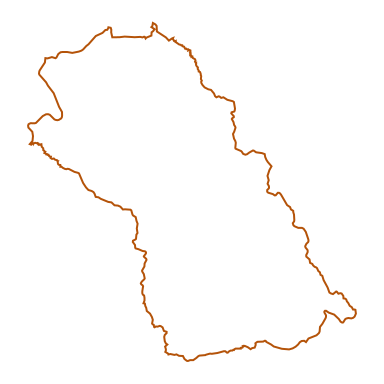 Ban Hong, Lamphun, Thailand (Natural Earth projection)
{"feature_id": "78962969B26085596744311", "entity_name": "Ban Hong", "entity_type": "district", "adm_level": 2, "iso_a3": "THA", "parent_name": "Thailand", "parent_adm1": "Lamphun", "projection": "natural_earth1", "projection_center": [98.82, 18.271], "detail": "fine", "context": "isolated", "style": "outline", "palette": "amber", "viewbox_px": 384, "rotation_deg": 0, "n_neighbors": 0, "source": "geoboundaries", "source_scale": "gbopen_adm2", "svg_char_len": 5887}
<svg xmlns="http://www.w3.org/2000/svg" viewBox="0 0 384 384"><path d="M186.1,48.6L185.1,48.7L184.1,46.7L182.6,46.3L182.3,45.3L181.3,45.4L180.7,44.8L179.2,44.5L175.9,42.2L175.8,41.2L175.2,41.7L174.7,40.9L174.0,40.9L173.9,40.4L172.7,39.0L173.1,38.0L172.1,38.4L168.9,40.6L165.9,37.4L156.9,31.5L156.6,25.9L155.4,24.4L152.9,23.0L152.4,26.0L151.4,27.1L154.5,29.1L154.6,29.4L153.8,30.1L153.3,31.0L151.6,32.3L151.4,35.6L146.4,37.6L145.6,38.5L144.8,36.9L144.1,36.7L142.5,37.4L140.3,36.9L134.7,37.2L124.7,36.6L119.5,37.2L112.3,37.3L111.2,32.4L111.3,29.7L110.7,27.8L108.4,27.3L108.2,28.2L107.3,29.8L105.4,30.0L102.5,32.9L95.8,36.0L88.5,44.3L86.3,46.0L83.2,49.4L81.5,50.6L78.8,51.6L72.3,52.9L67.2,52.0L62.4,52.0L60.5,52.3L58.3,54.0L56.4,57.6L55.5,58.2L51.9,57.1L47.5,58.4L45.4,58.1L44.9,62.5L39.7,70.4L39.3,71.4L39.0,73.5L39.3,74.6L46.1,82.3L47.9,85.6L53.7,93.2L59.1,106.9L62.0,112.0L62.1,115.5L61.9,117.1L61.2,118.4L58.8,119.9L57.4,120.2L55.6,119.9L54.4,119.4L49.8,114.8L48.1,114.2L46.0,114.3L42.7,116.1L36.0,122.9L34.7,123.3L30.6,123.2L29.2,123.8L28.5,124.3L28.1,125.7L28.4,127.6L32.3,131.8L33.0,136.1L32.5,141.0L29.8,144.1L31.2,144.7L32.5,143.3L33.1,143.2L33.3,143.7L33.5,143.2L34.2,143.3L35.1,142.8L36.6,143.2L37.3,143.0L37.7,143.8L38.0,143.9L38.3,144.4L38.6,144.0L38.9,144.7L39.7,144.8L40.1,144.4L40.5,144.7L41.4,144.3L41.7,146.7L43.2,148.3L43.3,150.2L44.1,150.6L44.5,151.5L45.2,151.7L44.4,153.0L46.0,153.7L46.2,154.3L47.0,154.1L47.4,154.8L48.3,154.7L48.4,155.2L49.1,155.5L49.1,156.1L49.7,156.6L50.9,156.7L50.6,158.0L52.0,158.9L53.8,158.5L54.9,159.6L57.2,160.3L57.4,161.0L57.9,161.1L57.7,161.4L57.8,162.9L58.2,164.3L59.1,164.9L60.3,165.0L60.4,166.8L61.3,166.6L62.9,167.9L64.9,168.9L66.3,169.2L67.5,168.8L68.9,169.0L74.5,171.9L77.9,172.8L79.0,173.4L83.1,183.0L86.0,187.4L88.4,190.0L91.7,191.0L93.5,192.1L94.5,193.6L95.7,196.9L98.5,197.3L100.7,198.8L108.2,201.9L111.5,202.4L114.5,205.3L118.0,205.6L120.4,206.7L122.9,209.5L125.0,209.3L130.5,209.7L131.3,210.4L132.5,214.6L133.1,215.5L135.7,217.1L136.5,220.9L137.6,223.7L136.8,228.5L137.5,233.0L136.4,234.6L136.0,238.9L135.4,239.5L133.0,240.7L132.8,242.0L135.0,245.0L135.2,247.6L135.6,248.4L138.5,249.2L142.6,251.0L144.9,251.3L145.6,251.7L146.0,252.5L145.9,253.5L143.8,256.3L144.0,256.8L146.2,258.8L146.5,259.9L144.6,263.5L144.4,266.5L142.1,270.5L142.2,271.5L143.8,274.1L144.7,278.4L144.3,279.2L141.8,281.6L140.8,283.3L141.2,284.3L142.6,285.3L143.1,286.2L142.3,291.2L142.3,293.2L142.8,294.6L144.1,295.5L144.5,297.9L144.5,300.5L143.5,303.3L144.9,303.6L145.3,306.0L146.2,307.8L146.8,311.0L150.0,313.6L151.9,317.0L152.8,319.8L152.1,323.5L152.6,324.3L153.7,324.8L154.2,327.1L154.6,327.3L155.8,326.5L157.7,326.6L159.7,325.9L160.7,326.1L162.6,327.4L163.9,330.9L166.6,331.8L166.6,333.1L164.8,334.9L164.2,336.9L164.8,341.3L165.9,343.5L167.3,344.5L165.1,346.6L165.9,349.2L165.8,350.7L165.3,351.9L168.1,353.6L168.4,354.5L170.3,354.0L174.4,354.9L176.5,354.4L179.0,355.8L182.9,356.0L184.5,359.0L186.8,360.8L187.9,361.0L190.2,360.1L193.3,360.1L196.3,358.0L198.4,356.1L199.5,355.6L205.4,355.1L206.0,354.7L210.0,353.6L211.8,353.8L217.4,353.0L224.0,351.2L225.4,351.3L227.0,352.7L227.7,352.7L228.9,351.5L230.5,350.6L232.5,350.5L233.3,349.8L234.0,350.0L234.5,349.2L235.6,348.6L240.6,348.6L240.5,348.1L240.8,347.8L242.4,347.6L242.6,347.0L243.3,346.6L242.9,346.0L243.4,345.8L244.8,345.9L247.8,347.2L250.6,349.2L252.2,348.1L254.7,347.6L255.7,344.9L255.4,343.3L256.8,342.2L257.5,341.8L263.1,341.6L265.0,340.7L266.0,341.2L266.3,341.9L271.1,344.5L273.8,346.5L281.9,348.8L289.1,349.4L292.6,348.4L295.6,346.7L298.1,344.5L299.8,342.2L301.7,341.0L304.2,340.8L306.0,342.1L308.5,338.5L316.5,335.3L318.9,333.1L319.6,331.6L320.0,326.9L322.4,323.8L325.6,318.1L326.0,316.9L326.0,315.3L324.4,312.5L324.4,311.5L325.0,310.8L326.1,310.8L328.7,312.6L334.2,314.6L338.9,319.1L340.6,321.7L342.2,322.6L343.2,322.4L345.2,319.2L346.3,318.5L348.3,318.0L351.4,318.4L353.2,317.8L354.6,316.6L355.9,313.6L355.4,309.8L354.6,309.5L353.0,309.5L351.8,307.2L349.7,305.8L348.2,302.9L346.9,301.4L346.2,299.4L345.3,298.7L343.5,298.4L343.3,295.9L341.6,293.5L340.2,293.2L338.4,293.7L336.8,291.7L336.2,291.5L333.0,294.1L330.8,293.4L329.4,292.5L327.6,287.5L323.6,280.1L322.3,275.8L320.5,274.8L319.9,272.3L318.3,271.0L317.0,268.1L316.2,267.4L314.6,266.8L313.1,265.4L312.3,263.9L310.1,262.9L309.5,259.4L306.3,256.6L306.2,255.1L307.6,252.3L307.7,250.9L307.4,249.8L305.5,247.5L305.2,246.2L306.4,243.8L308.2,242.0L308.5,240.9L308.3,239.3L305.8,231.9L303.6,228.7L302.0,227.9L298.3,227.9L294.4,226.2L293.4,225.2L292.8,223.2L294.1,221.4L294.3,220.0L294.0,214.6L293.3,212.3L293.2,210.8L290.9,209.4L290.1,207.1L287.1,205.1L281.0,194.6L279.8,193.2L279.0,192.8L277.8,192.8L275.7,195.3L274.7,195.4L272.9,194.1L268.2,192.7L267.2,191.7L267.2,190.0L268.8,188.4L269.0,187.8L268.9,186.1L267.6,183.8L268.7,180.2L267.5,175.9L269.4,170.1L271.5,166.3L267.8,162.0L266.4,159.8L265.2,157.0L264.7,154.1L261.9,153.1L256.1,152.3L253.7,150.6L252.9,150.5L249.2,152.6L247.1,154.2L245.4,154.7L243.2,153.9L241.7,151.6L241.0,151.0L235.6,148.7L235.3,147.9L235.8,142.8L235.3,141.0L234.0,138.6L233.0,134.0L234.2,131.7L235.5,127.7L235.2,126.6L234.1,124.9L233.5,122.1L231.8,119.0L232.3,118.2L233.8,117.2L233.8,116.2L231.3,113.4L231.6,112.3L234.3,111.5L234.7,110.6L235.0,108.6L233.9,102.0L232.7,101.2L227.3,99.8L223.4,97.3L221.2,97.9L219.6,96.6L218.7,96.3L216.4,97.3L215.1,96.2L214.0,93.5L211.0,89.9L208.3,89.3L204.6,87.4L202.5,85.0L201.3,82.9L201.2,81.7L201.8,80.7L200.9,79.0L201.2,76.1L200.7,75.0L200.8,74.2L200.1,72.1L198.7,71.5L198.8,70.7L197.7,68.9L197.9,67.4L196.8,66.4L196.0,64.8L196.2,63.6L195.7,62.8L195.9,62.5L195.4,62.4L195.0,61.6L195.5,60.6L195.1,59.3L192.7,57.9L192.4,56.5L191.8,56.7L191.5,56.2L191.2,56.5L190.9,55.5L190.3,55.4L190.6,54.7L190.2,54.2L190.6,53.8L190.2,53.3L190.5,52.6L190.0,52.2L190.5,51.2L190.4,50.4L189.4,50.0L188.4,50.4L188.6,49.7L188.3,49.3L186.4,49.2L186.1,48.6Z" fill="none" stroke="#b45309" stroke-width="2"/></svg>